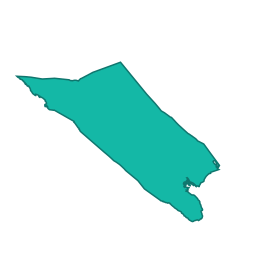 the district of Stjørdal nor, Nord-Trøndelag, Norway, rotated 224°
{"feature_id": "86288312B10441547296233", "entity_name": "Stjørdal nor", "entity_type": "district", "adm_level": 2, "iso_a3": "NOR", "parent_name": "Norway", "parent_adm1": "Nord-Trøndelag", "projection": "natural_earth1", "projection_center": [11.003, 63.463], "detail": "fine", "context": "isolated", "style": "filled", "palette": "teal", "viewbox_px": 256, "rotation_deg": 224, "n_neighbors": 0, "source": "geoboundaries", "source_scale": "gbopen_adm2", "svg_char_len": 5433}
<svg xmlns="http://www.w3.org/2000/svg" viewBox="0 0 256 256"><g transform="rotate(224 128 128)"><path d="M243.9,88.0L242.4,88.0L241.7,88.2L241.5,88.3L240.3,88.5L240.1,88.5L239.8,88.3L239.5,88.2L239.3,88.4L239.1,88.6L238.3,88.7L238.0,89.0L237.5,89.2L236.5,88.9L235.9,89.2L235.6,89.2L235.4,88.9L235.2,88.9L234.3,88.9L233.7,89.1L233.3,88.8L232.5,88.3L232.1,88.2L231.8,88.3L231.6,88.5L231.8,88.6L232.4,88.6L232.1,88.9L231.8,88.9L230.8,88.6L229.7,88.3L229.1,88.5L229.1,88.9L229.0,89.0L228.5,89.2L228.2,89.2L227.6,88.8L226.3,88.6L225.3,88.2L224.1,87.3L223.7,87.2L222.8,87.2L220.9,86.7L220.3,86.6L217.2,87.0L216.9,87.3L217.0,87.5L217.8,87.8L217.9,88.1L216.5,88.9L216.0,89.1L214.9,89.2L213.7,88.7L213.0,88.7L212.7,88.8L212.8,89.1L213.1,89.2L213.8,89.0L214.0,89.0L214.0,89.4L213.7,89.6L212.4,89.6L211.9,89.9L209.9,90.4L209.0,90.4L207.4,90.6L206.8,90.5L206.6,90.0L206.5,89.9L205.5,89.9L205.1,89.8L204.2,89.5L203.6,89.0L203.3,88.7L204.0,87.7L204.0,87.0L203.2,86.2L202.9,86.0L202.4,85.9L202.2,86.2L202.6,86.6L202.3,87.2L202.2,87.3L201.9,87.4L201.5,87.6L201.1,87.6L200.8,87.5L200.9,87.4L201.3,87.1L201.2,86.9L200.9,86.8L200.1,86.7L199.7,86.6L199.2,86.6L198.7,86.5L197.3,86.6L196.7,87.0L194.7,88.5L193.8,89.1L193.5,89.6L171.3,95.3L171.0,94.6L169.6,94.6L164.4,93.6L164.1,93.5L163.4,93.7L162.4,93.5L162.2,93.4L162.3,93.1L160.8,92.8L160.2,92.5L158.9,92.5L128.1,94.1L122.5,94.5L118.7,94.6L115.6,94.6L112.6,95.3L108.7,95.9L106.0,96.0L102.3,96.0L100.2,95.8L84.3,97.0L73.9,95.6L54.9,98.4L54.0,98.4L53.9,98.5L52.8,99.1L52.0,99.2L51.8,99.3L52.0,99.4L51.8,99.7L49.1,100.5L48.3,101.2L47.3,101.5L47.2,101.6L47.3,101.7L47.1,102.1L46.8,102.4L46.2,102.7L45.2,103.0L44.9,102.9L44.8,102.7L43.9,102.9L43.3,102.7L42.5,102.8L42.0,102.8L39.9,103.0L39.2,102.9L36.1,103.5L35.8,103.5L35.6,103.4L34.5,103.5L33.0,104.2L31.5,104.6L30.7,104.4L30.6,104.1L30.4,104.0L28.4,104.4L27.3,104.1L26.8,104.0L26.5,103.8L26.0,104.1L25.3,104.3L25.1,104.3L24.5,104.1L23.8,104.1L23.3,104.3L22.6,104.7L22.0,104.7L21.3,104.4L20.6,104.5L20.0,104.4L19.1,104.7L18.4,104.8L16.9,105.3L16.5,105.6L16.0,106.5L16.0,107.0L15.9,107.4L15.7,107.8L15.1,108.5L14.9,109.2L14.5,109.7L14.3,110.1L14.0,110.3L13.4,110.3L13.0,110.4L12.6,111.8L12.7,112.7L12.7,113.1L12.3,113.4L12.1,113.6L12.2,114.0L12.2,114.6L12.3,114.8L12.7,115.7L13.0,116.2L13.7,116.8L14.9,117.2L15.3,117.7L17.2,118.5L17.7,119.0L17.8,119.4L17.7,119.8L17.5,120.0L17.3,120.2L17.3,120.5L17.6,120.8L17.6,121.0L18.3,121.4L19.5,121.7L20.7,122.2L21.6,122.7L21.9,123.1L23.7,123.6L24.0,123.9L24.8,124.2L24.9,124.4L24.9,124.7L25.6,125.0L26.5,125.2L26.9,125.0L27.2,125.0L27.8,125.1L28.4,125.4L29.7,125.6L33.1,125.7L33.7,125.6L34.2,125.4L34.9,124.9L35.3,124.4L35.8,124.1L39.0,123.7L40.9,123.7L42.2,123.0L42.2,123.4L42.4,123.5L42.0,123.6L41.6,124.1L42.2,124.3L42.6,124.7L42.6,124.9L42.2,125.0L41.9,125.3L42.2,125.4L42.7,125.9L43.1,125.9L43.7,125.9L43.9,126.1L43.3,126.3L42.9,126.6L42.6,127.2L42.7,127.5L42.8,127.4L42.7,127.3L42.8,127.1L43.3,127.0L43.6,126.7L45.2,125.7L45.7,125.7L45.9,125.7L45.4,125.6L45.7,125.2L46.2,125.3L46.2,125.6L46.2,125.3L46.0,125.1L46.0,124.9L46.8,124.6L47.1,124.7L47.2,125.3L48.3,126.3L48.5,126.3L49.3,126.3L49.5,126.6L49.5,126.9L49.8,127.1L49.9,127.6L49.9,128.1L49.7,128.6L49.3,129.0L49.1,129.4L47.9,129.3L47.7,129.2L48.0,128.8L48.0,128.6L48.3,128.1L48.3,127.1L48.1,126.8L48.2,127.0L47.9,126.9L47.6,126.9L47.4,126.9L47.4,127.0L47.4,126.8L46.9,126.3L47.0,126.2L46.8,126.2L46.6,126.0L46.7,126.4L47.0,126.7L47.1,127.0L46.9,127.2L46.8,126.9L46.6,127.0L47.0,127.6L47.1,128.1L47.2,128.7L47.1,129.2L46.7,129.4L44.7,129.2L44.7,129.5L43.9,129.5L43.2,129.6L43.2,129.8L43.8,129.9L43.9,130.1L44.2,130.3L46.2,130.4L46.2,130.7L45.7,131.8L43.9,131.8L43.2,131.9L43.2,131.7L43.1,131.9L40.1,132.4L44.0,131.8L45.7,131.9L47.4,132.1L47.3,131.5L47.5,131.0L47.8,130.7L47.6,130.6L47.9,130.6L48.0,130.4L49.0,130.4L49.2,130.5L49.2,131.0L49.0,131.4L48.8,131.5L48.8,131.4L48.5,131.6L48.6,132.0L48.1,132.3L48.4,132.3L48.9,131.9L49.1,131.8L49.3,131.8L49.9,132.2L49.5,132.1L49.8,132.3L49.1,131.9L48.9,132.0L48.7,132.1L49.0,132.4L49.0,132.7L49.9,132.9L51.1,133.0L50.9,133.4L49.3,133.3L47.1,132.6L45.3,132.4L44.3,132.5L44.7,132.5L44.8,132.6L44.8,132.9L44.6,133.1L44.3,133.1L43.2,133.5L41.4,133.7L39.0,133.7L38.7,133.4L39.3,133.2L38.9,133.1L38.3,133.2L38.4,133.4L38.6,133.4L38.9,133.8L38.1,134.0L37.6,134.7L36.3,135.1L36.1,135.4L36.7,136.2L36.8,137.0L37.5,139.1L36.7,141.1L36.4,142.3L36.5,142.4L36.9,143.2L37.4,143.8L38.2,147.4L38.2,148.7L38.1,151.4L37.8,151.6L37.1,152.8L37.8,153.5L33.8,161.2L35.3,160.8L35.5,161.4L37.6,161.3L37.6,161.7L36.2,161.9L35.5,161.9L36.2,164.6L52.2,167.3L62.4,169.1L69.0,167.1L69.6,167.1L70.3,167.3L71.0,167.3L71.6,167.3L72.6,167.2L79.7,166.1L81.1,165.7L93.6,165.3L97.3,165.4L99.9,165.6L104.1,165.8L105.3,165.2L112.3,164.3L115.9,163.4L119.9,163.9L125.7,164.5L138.2,165.3L179.1,170.1L191.9,143.7L195.8,131.7L196.4,130.4L196.4,129.5L196.4,128.3L196.3,128.0L196.8,127.3L196.7,127.2L198.6,126.2L199.8,125.0L200.8,123.4L202.6,122.0L203.8,121.8L215.3,112.8L223.7,103.7L233.0,97.2L237.5,93.6L243.9,88.0ZM40.9,162.3L42.6,162.6L43.6,163.1L43.4,164.2L43.1,164.5L42.7,164.6L42.4,164.9L41.9,165.0L41.7,164.9L41.4,164.6L40.0,164.2L39.7,163.7L38.8,163.4L38.7,163.3L38.7,163.1L39.1,163.0L39.3,162.7L39.3,162.4L39.7,162.4L39.9,162.3L40.9,162.3ZM39.5,164.7L37.3,164.7L36.4,163.9L36.3,163.0L37.2,162.7L37.8,162.8L38.5,163.1L38.7,163.4L39.1,163.6L39.3,163.9L39.8,164.0L40.0,164.3L39.5,164.7Z" fill="#14b8a6" stroke="#0f766e" stroke-width="1.5"/></g></svg>